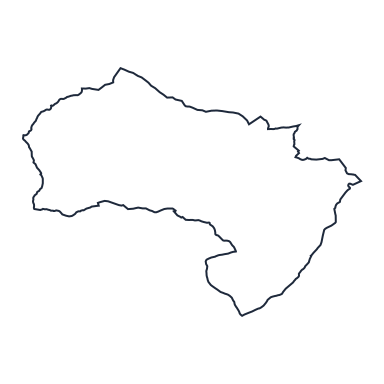 outline of Rosia Montana, Alba, Romania
{"feature_id": "2599482B9774767997162", "entity_name": "Rosia Montana", "entity_type": "district", "adm_level": 2, "iso_a3": "ROU", "parent_name": "Romania", "parent_adm1": "Alba", "projection": "robinson", "projection_center": [23.088, 46.307], "detail": "fine", "context": "isolated", "style": "outline", "palette": "slate", "viewbox_px": 384, "rotation_deg": 0, "n_neighbors": 0, "source": "geoboundaries", "source_scale": "gbopen_adm2", "svg_char_len": 5890}
<svg xmlns="http://www.w3.org/2000/svg" viewBox="0 0 384 384"><path d="M242.1,315.8L244.5,314.5L249.2,312.6L252.1,311.5L255.3,309.9L257.3,309.0L258.5,308.5L259.4,308.4L260.2,308.0L261.2,307.4L263.6,305.6L265.9,302.8L267.1,301.0L267.6,299.9L270.7,297.3L272.0,296.8L273.4,296.4L275.0,296.0L276.2,295.8L278.1,295.2L279.4,295.0L280.9,294.4L282.0,293.8L283.2,291.8L285.7,288.7L293.0,282.5L294.3,280.7L295.0,280.0L295.8,278.9L296.8,278.3L297.5,277.7L298.5,276.8L298.8,276.3L299.0,275.7L298.9,273.8L299.5,272.9L300.1,272.2L301.0,270.9L301.7,270.1L302.4,269.5L303.2,269.1L304.4,267.9L304.9,267.1L305.0,266.6L305.3,266.1L306.5,264.9L308.8,262.4L309.0,261.6L309.6,259.7L309.7,259.2L310.7,257.1L311.2,256.1L310.9,255.7L311.5,255.3L313.5,252.8L316.8,249.3L317.7,248.0L320.5,245.0L321.5,242.2L322.8,235.7L324.2,229.9L325.1,228.9L326.6,227.9L331.4,225.6L335.2,222.9L335.8,222.0L335.7,215.5L335.3,214.0L334.3,208.9L335.3,207.8L335.5,206.4L336.2,204.7L337.3,203.4L339.8,202.0L340.0,201.4L340.2,199.9L340.5,199.2L345.5,192.5L347.6,190.2L349.9,188.6L349.9,187.7L348.5,186.4L348.2,185.4L348.5,184.4L349.2,183.7L350.2,183.7L352.9,184.8L361.0,181.1L355.1,174.9L353.8,174.7L352.9,174.4L352.3,174.5L351.6,174.3L348.6,174.1L347.0,173.3L345.5,170.3L345.8,168.0L339.2,159.3L331.4,160.2L329.0,160.2L324.8,158.0L322.6,158.9L316.3,159.6L311.1,159.3L310.6,158.9L308.4,158.6L307.2,157.8L305.9,159.0L303.7,159.8L302.2,159.9L300.3,159.2L298.9,158.3L297.1,157.6L295.5,157.2L296.1,155.8L299.0,153.1L298.0,151.5L298.8,150.7L293.7,146.4L294.0,144.9L294.4,144.3L294.2,141.2L294.6,140.1L293.7,139.1L293.7,138.0L294.0,137.9L293.6,135.2L293.7,134.2L294.4,133.2L294.9,131.8L296.6,130.6L297.5,129.1L297.5,126.8L298.9,125.2L296.2,126.0L293.1,126.5L288.8,127.5L286.0,127.6L283.5,127.4L281.2,127.6L277.1,128.6L276.2,128.6L275.5,128.5L274.7,128.9L273.6,129.1L270.9,129.0L268.0,129.1L268.0,128.4L268.2,127.8L268.7,126.5L268.7,125.5L268.4,124.5L266.4,120.7L265.5,120.2L264.3,119.8L261.5,117.4L260.5,116.6L249.0,124.3L247.1,120.5L242.7,116.3L238.5,113.6L233.1,112.5L228.9,112.2L222.4,111.1L216.8,110.5L211.5,110.7L205.9,111.8L202.4,110.3L197.4,109.9L192.6,107.7L189.7,106.6L187.2,106.5L185.6,106.2L184.6,105.2L181.8,100.9L175.5,99.5L172.6,97.4L167.1,97.6L163.5,94.7L159.7,92.2L155.2,88.2L151.1,85.7L148.5,82.7L145.7,80.5L141.6,77.4L137.8,75.9L133.1,72.9L128.9,71.7L124.3,69.6L120.5,68.2L114.1,77.2L113.1,80.1L113.2,82.4L109.3,84.0L105.1,84.8L101.7,87.5L98.5,89.9L92.0,88.9L89.4,88.1L85.8,88.6L81.9,88.5L82.0,89.7L81.9,90.9L81.7,91.8L81.4,92.4L80.3,93.5L79.4,94.1L78.9,94.6L77.9,95.1L77.3,95.2L75.9,95.1L75.1,95.2L73.9,95.2L73.3,95.3L72.2,95.6L70.9,95.8L68.4,96.7L67.3,96.9L66.7,97.2L66.4,97.5L66.0,97.8L64.0,98.8L63.2,99.0L62.2,98.9L61.5,98.9L60.8,98.9L59.9,99.3L59.3,99.8L58.3,101.5L57.9,102.0L56.8,103.0L56.2,103.4L55.2,103.8L54.6,104.2L53.5,105.3L53.0,105.6L52.5,105.8L51.3,105.5L50.8,104.9L51.3,106.7L50.9,108.4L50.3,109.2L49.7,109.6L49.2,109.8L48.1,109.7L47.0,109.5L46.2,109.7L45.4,110.1L44.7,110.7L43.1,111.4L41.3,111.9L40.9,112.3L40.2,113.4L38.2,115.6L37.5,116.7L37.2,117.7L36.5,119.0L36.1,120.0L35.9,120.7L34.2,122.6L33.2,124.1L32.5,124.8L31.7,126.2L31.3,127.8L31.2,128.1L31.5,129.0L31.4,129.6L31.0,130.3L30.3,130.8L29.1,131.3L28.9,131.6L28.8,132.6L28.7,132.9L27.1,134.6L26.2,135.1L25.2,135.3L24.4,135.3L23.7,135.1L23.4,135.2L23.3,135.8L23.4,136.2L23.0,138.3L23.2,139.0L23.7,139.7L25.1,140.8L25.7,141.6L27.6,143.5L28.5,144.7L28.9,145.9L29.1,147.3L29.8,148.2L31.1,150.6L31.7,151.6L31.7,152.9L31.8,155.7L31.9,156.6L32.7,157.9L33.7,159.8L33.9,160.5L33.5,162.5L35.5,164.2L37.0,167.7L39.2,170.1L40.8,172.5L41.2,173.3L41.1,173.6L40.7,173.9L40.4,174.5L41.2,175.0L42.6,178.0L42.8,178.9L42.8,183.3L42.1,186.5L41.5,188.1L40.1,189.1L39.2,190.8L37.3,191.9L36.6,193.9L34.6,195.4L34.3,196.1L33.7,196.8L33.2,198.0L33.4,199.4L33.0,201.2L33.2,202.6L34.0,204.4L34.1,206.0L33.9,207.5L33.9,208.0L34.3,209.0L40.3,210.0L41.4,209.6L42.2,209.4L42.8,209.0L42.9,208.9L43.6,209.0L44.7,209.3L46.6,209.2L48.1,209.7L49.9,210.1L50.9,210.7L53.1,210.7L53.5,211.0L54.6,211.0L56.2,210.4L58.3,210.8L59.2,211.1L60.0,211.7L61.7,213.6L62.3,214.4L66.0,215.7L69.1,216.4L71.8,216.0L73.4,215.1L75.2,213.8L76.3,212.3L78.4,211.3L80.3,211.3L80.9,210.7L82.7,210.2L83.7,210.3L86.4,208.6L90.3,207.5L91.6,206.6L97.6,205.8L98.7,205.7L97.9,202.9L99.9,202.2L104.6,200.9L108.1,201.3L118.9,205.1L121.6,205.6L123.2,205.1L128.0,209.1L133.3,208.7L135.8,208.1L138.2,207.6L140.4,208.0L142.7,208.4L145.9,208.4L149.6,210.3L152.1,211.0L154.4,212.2L156.1,212.3L158.2,211.6L160.6,210.5L164.3,209.0L167.7,208.5L172.4,208.5L173.5,209.0L174.3,209.8L175.6,210.6L175.3,211.3L174.0,211.5L177.4,215.4L181.0,217.2L181.2,217.5L181.6,217.5L182.6,217.0L185.7,219.8L188.8,220.0L192.2,219.9L193.1,220.0L194.7,220.4L195.8,220.4L197.6,220.2L198.4,220.1L199.0,220.3L199.7,220.5L201.4,221.3L203.7,222.0L207.1,222.8L208.2,222.6L209.2,222.6L209.7,223.0L209.8,224.1L210.0,224.5L212.7,226.3L213.9,227.9L214.6,229.3L214.9,230.3L215.1,231.4L215.2,232.0L215.3,232.7L215.3,234.0L215.6,234.5L216.4,235.1L217.2,235.2L218.2,235.6L219.3,236.6L221.8,239.2L222.9,240.3L223.4,240.5L224.2,240.7L226.0,240.6L227.3,240.7L228.9,241.1L229.9,241.8L230.4,242.4L231.8,244.7L232.7,245.8L233.4,246.4L234.1,247.3L234.9,249.0L235.8,251.0L235.9,251.5L235.4,251.6L233.4,251.8L230.9,252.5L228.2,253.6L224.4,254.2L222.1,254.7L219.6,255.0L218.2,255.3L217.6,255.6L216.4,256.0L215.0,256.7L211.3,257.5L208.7,258.6L206.9,259.5L206.2,260.2L205.7,261.4L206.1,264.0L207.3,266.2L207.0,268.7L206.3,271.1L206.5,273.2L206.6,275.3L206.9,276.8L207.3,278.0L207.7,279.9L208.4,281.9L210.8,285.0L212.1,286.0L215.5,288.4L217.2,289.5L220.6,292.0L222.9,292.8L225.0,293.7L226.7,294.2L228.0,294.7L229.7,295.8L231.5,297.4L231.8,297.7L233.1,300.4L233.7,301.3L234.0,301.5L234.3,302.1L234.4,302.9L234.7,304.3L235.1,305.2L235.7,306.1L236.0,306.7L236.6,307.4L238.7,310.8L239.3,312.1L239.7,313.4L240.5,314.5L242.1,315.8Z" fill="none" stroke="#1e293b" stroke-width="2"/></svg>